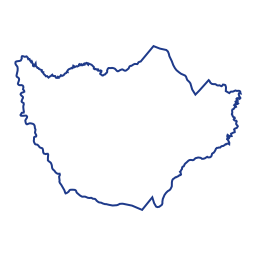 Tapurah, Mato Grosso, Brazil (orthographic projection)
{"feature_id": "56859067B52383005137557", "entity_name": "Tapurah", "entity_type": "district", "adm_level": 2, "iso_a3": "BRA", "parent_name": "Brazil", "parent_adm1": "Mato Grosso", "projection": "orthographic", "projection_center": [-56.556, -12.574], "detail": "fine", "context": "isolated", "style": "outline", "palette": "blue", "viewbox_px": 256, "rotation_deg": 0, "n_neighbors": 0, "source": "geoboundaries", "source_scale": "gbopen_adm2", "svg_char_len": 5640}
<svg xmlns="http://www.w3.org/2000/svg" viewBox="0 0 256 256"><path d="M153.5,46.1L140.7,61.5L139.2,61.9L138.4,62.4L137.9,63.4L137.3,64.1L134.9,63.9L133.6,64.4L131.3,65.9L130.4,65.9L129.5,66.5L128.6,68.5L126.2,70.4L125.5,70.7L124.5,70.6L122.5,69.4L121.6,69.5L119.9,70.2L119.2,70.7L117.9,71.3L116.9,70.9L115.0,68.8L113.7,68.2L112.0,67.9L111.0,68.1L108.7,68.0L107.9,68.6L107.5,69.5L107.1,70.6L107.2,71.8L106.8,72.7L105.9,73.3L105.3,74.3L104.4,74.5L103.2,75.4L102.3,75.5L101.6,74.8L100.4,74.2L100.2,73.4L101.4,71.8L101.4,70.8L100.6,70.4L99.7,70.8L98.1,70.6L98.1,69.4L97.3,69.3L96.4,69.6L95.7,68.9L94.6,69.2L93.8,68.6L93.9,67.1L91.6,64.8L88.3,63.4L88.1,64.7L87.4,64.2L87.1,63.4L86.5,62.9L85.0,63.6L84.8,64.6L84.0,64.8L83.8,63.9L82.2,65.2L81.4,64.4L80.8,65.2L80.2,64.8L79.7,64.1L79.0,64.5L78.9,65.7L77.3,66.5L76.6,66.2L74.4,67.2L74.0,66.1L73.3,65.7L73.1,66.4L73.3,67.2L72.8,67.8L72.1,68.3L71.5,67.9L70.9,68.4L69.1,69.1L68.4,69.6L67.7,70.4L67.3,71.1L67.6,72.1L66.7,72.0L66.2,73.0L64.7,73.7L64.2,74.6L63.4,75.3L62.4,75.8L61.0,75.2L60.6,76.3L59.6,76.5L58.9,76.8L58.8,77.8L58.0,77.8L57.6,77.1L57.0,77.9L56.1,77.8L55.6,77.1L55.2,76.1L53.1,76.0L52.3,74.7L51.4,75.4L50.8,76.1L49.8,76.5L48.5,77.6L47.1,76.1L45.9,76.3L45.0,75.1L44.2,74.5L43.2,73.1L43.3,72.2L42.3,72.1L41.6,71.2L41.9,70.2L39.0,69.0L38.5,68.1L37.5,68.0L36.9,67.0L35.9,66.2L35.6,63.4L33.9,66.3L33.0,65.8L32.9,63.8L32.2,63.0L32.1,61.9L31.7,61.1L31.0,61.9L30.0,60.4L29.5,59.0L28.3,59.3L27.9,58.6L27.9,57.8L26.6,56.4L24.8,56.8L22.7,56.1L21.9,56.3L21.6,57.3L21.8,58.3L20.9,60.4L19.8,60.9L16.9,61.3L16.0,61.6L15.5,62.1L15.4,63.5L15.8,64.6L17.4,66.7L17.7,68.5L17.6,70.6L16.5,75.5L16.7,76.5L17.3,77.1L18.3,77.7L18.9,78.4L19.1,79.4L18.9,80.6L18.1,82.9L17.9,83.8L18.3,84.5L19.0,85.0L19.9,85.2L21.5,85.1L22.6,85.5L23.2,86.2L23.4,87.3L23.0,89.3L24.1,90.6L24.3,91.7L23.2,92.3L22.1,92.6L21.4,93.0L20.8,93.6L20.6,94.5L21.4,95.6L22.3,96.3L23.0,97.1L22.9,98.1L22.4,99.0L21.7,100.7L21.6,101.6L22.1,102.2L23.6,103.1L23.8,104.3L23.3,106.1L23.3,107.6L23.6,110.2L23.9,111.5L23.7,112.6L21.8,112.8L20.5,115.0L21.0,115.7L21.8,115.8L23.2,115.8L25.6,115.6L26.4,115.7L27.1,116.6L27.0,117.6L25.5,120.0L25.3,120.7L25.7,122.7L26.1,123.7L27.0,124.3L29.6,123.3L30.6,123.3L32.8,123.8L33.8,124.4L34.4,125.3L34.7,126.1L34.9,128.0L35.5,129.7L35.0,132.5L35.2,133.2L36.2,135.0L36.3,135.9L35.9,136.6L35.1,136.7L34.3,137.0L34.0,137.7L34.0,139.4L33.8,140.5L33.9,141.6L34.2,142.4L35.0,144.0L35.7,144.4L37.4,144.7L38.4,145.6L39.6,147.2L40.4,147.7L41.9,148.1L42.5,148.5L43.0,150.0L43.2,152.3L43.8,153.5L45.7,154.1L46.8,153.8L47.8,153.8L48.2,154.7L47.9,157.9L47.9,160.4L48.7,161.2L50.5,162.5L51.1,163.3L51.8,165.3L52.0,167.0L52.2,168.1L52.8,169.3L54.4,170.7L55.6,172.4L56.9,173.4L57.9,173.8L59.6,173.7L59.9,174.9L59.1,176.7L59.6,180.6L59.4,181.4L59.6,182.3L59.9,183.0L61.3,184.9L64.4,190.3L65.1,192.5L65.6,193.4L66.6,193.1L68.5,191.8L69.6,190.2L70.3,189.8L72.7,189.7L74.9,189.9L75.8,190.5L76.2,191.1L76.4,192.0L76.9,192.8L79.9,195.4L81.4,196.3L82.2,196.7L84.2,196.6L85.3,196.7L87.9,197.8L89.6,198.0L91.1,197.8L91.7,198.0L92.8,198.7L94.9,198.9L95.9,199.7L96.6,200.7L98.3,202.0L99.1,202.4L101.2,202.7L102.9,203.5L104.9,204.1L106.1,204.1L108.9,204.8L112.6,205.5L116.8,205.2L118.5,204.6L119.6,203.9L122.1,203.7L123.2,203.8L132.0,205.6L142.1,209.9L152.3,197.3L154.1,203.1L156.1,206.6L157.4,207.1L159.2,206.8L161.5,205.1L162.0,204.6L162.4,203.3L162.4,201.6L162.8,199.0L164.5,195.0L166.0,192.9L167.7,191.2L169.2,190.3L170.2,189.5L171.3,187.5L171.8,186.3L171.9,182.1L172.3,180.2L173.1,179.0L174.1,178.4L175.6,177.2L176.4,177.2L177.6,176.4L178.4,176.2L179.4,175.2L180.5,175.1L181.0,174.5L180.6,172.6L180.0,171.8L180.8,171.0L181.4,169.7L182.0,169.0L182.1,167.7L182.6,166.7L183.6,166.4L184.1,165.7L184.5,164.5L185.4,163.4L186.4,162.6L188.4,160.7L189.4,160.1L190.9,159.9L192.8,160.2L193.7,159.9L195.5,158.2L198.2,157.5L200.5,157.8L201.4,158.3L201.9,158.8L203.1,158.8L204.7,158.4L207.2,156.8L208.1,157.4L209.2,157.4L210.2,157.2L210.9,156.7L211.5,155.9L212.1,153.7L212.7,153.2L213.6,152.8L214.7,151.4L215.5,149.9L215.9,148.8L216.9,147.9L217.9,147.9L218.7,147.5L220.2,147.5L220.9,146.7L221.9,146.1L223.1,146.0L224.8,145.0L225.5,144.2L226.3,144.3L227.2,143.6L228.3,143.6L229.2,144.2L229.3,142.8L228.8,141.6L227.8,139.7L227.1,139.2L227.3,138.3L229.0,138.3L229.4,137.2L228.6,136.5L227.8,136.8L227.2,136.1L227.6,134.9L229.1,135.9L230.4,136.2L231.6,136.1L231.2,134.8L231.1,133.7L233.6,132.5L234.7,132.2L234.7,131.0L234.1,129.4L234.8,128.7L236.9,127.8L237.8,126.3L237.5,125.6L236.8,125.0L236.1,123.9L236.3,122.6L236.7,121.3L236.1,120.7L235.2,120.7L234.3,120.2L233.7,119.5L234.1,118.6L234.8,118.1L234.5,117.4L233.3,117.0L232.7,116.2L232.5,115.2L231.9,114.6L231.9,113.8L232.3,112.9L232.1,110.4L232.5,109.4L233.6,109.0L234.3,108.1L234.7,107.2L235.4,107.1L236.1,106.8L235.9,106.1L234.2,105.1L234.7,104.4L235.6,104.0L237.6,104.0L238.2,103.4L237.7,102.9L236.8,102.7L235.9,102.6L235.5,101.6L236.6,100.8L237.7,100.8L237.5,99.7L236.5,98.9L237.2,98.1L238.7,98.4L239.6,98.9L240.4,98.0L240.0,97.2L239.3,96.8L239.2,95.9L238.7,94.4L238.9,93.3L239.8,93.2L240.6,93.4L240.3,92.5L240.2,91.5L239.4,90.9L238.6,90.8L236.8,90.9L235.4,90.5L233.2,91.5L232.1,91.7L231.1,91.6L230.4,92.0L229.3,93.1L225.8,91.1L226.0,87.5L225.9,86.8L225.3,85.1L223.8,84.6L222.9,84.6L222.3,85.7L221.4,86.2L219.5,85.3L218.1,85.5L217.1,85.3L216.0,84.5L215.1,84.1L213.0,84.1L211.7,83.8L210.3,82.6L209.4,80.8L208.7,80.1L199.4,90.5L195.4,94.6L192.2,89.5L190.4,83.4L189.4,82.0L187.3,80.0L186.7,78.6L186.0,76.6L185.0,75.5L181.1,73.8L178.9,72.2L176.5,70.2L174.9,68.1L173.3,65.2L171.8,61.2L169.4,56.2L168.8,53.7L167.9,51.5L166.3,50.0L159.9,48.6L153.5,46.1Z" fill="none" stroke="#1e3a8a" stroke-width="2"/></svg>